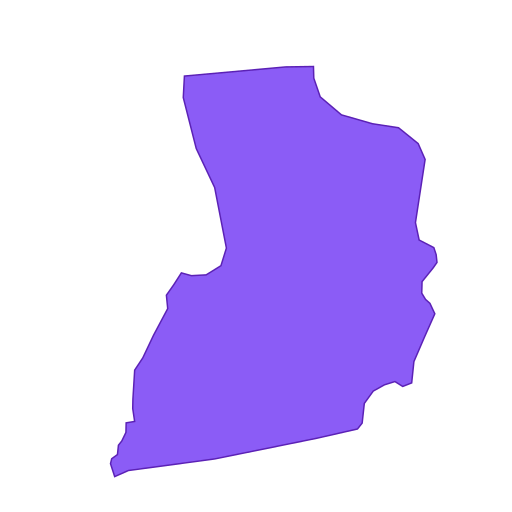 the district of Mala, Kémo, Central African Republic, rotated 348°
{"feature_id": "33826404B24746486434253", "entity_name": "Mala", "entity_type": "district", "adm_level": 2, "iso_a3": "CAF", "parent_name": "Central African Republic", "parent_adm1": "Kémo", "projection": "robinson", "projection_center": [19.625, 6.239], "detail": "fine", "context": "isolated", "style": "filled", "palette": "violet", "viewbox_px": 512, "rotation_deg": 348, "n_neighbors": 0, "source": "geoboundaries", "source_scale": "gbopen_adm2", "svg_char_len": 887}
<svg xmlns="http://www.w3.org/2000/svg" viewBox="0 0 512 512"><g transform="rotate(348 256 256)"><path d="M351.6,82.6L324.2,77.2L319.2,76.6L223.4,65.1L217.8,85.9L219.9,138.5L229.8,180.4L228.7,242.1L219.7,258.2L203.3,264.1L188.7,261.8L179.5,257.0L169.6,267.0L160.2,275.7L158.7,289.1L139.3,312.2L124.1,332.1L113.6,342.4L105.9,370.2L103.7,379.6L102.9,392.6L94.3,392.2L92.1,401.5L86.3,409.0L82.1,412.5L79.2,421.4L72.7,424.3L70.5,428.9L71.9,442.4L86.6,439.3L173.5,445.9L277.9,446.9L319.3,446.3L325.1,441.5L331.3,422.7L342.6,412.5L354.9,408.7L365.8,407.7L372.4,414.1L381.9,412.5L388.5,392.1L404.1,370.1L418.9,349.7L416.3,338.5L412.8,333.7L410.4,326.8L413.1,315.6L426.9,304.4L431.7,299.9L432.5,292.1L431.7,284.8L418.9,274.3L418.9,256.5L441.5,196.7L438.0,179.8L422.1,160.2L397.3,150.8L368.9,135.7L351.9,113.7L349.5,94.1L351.6,82.6Z" fill="#8b5cf6" stroke="#5b21b6" stroke-width="1.5"/></g></svg>